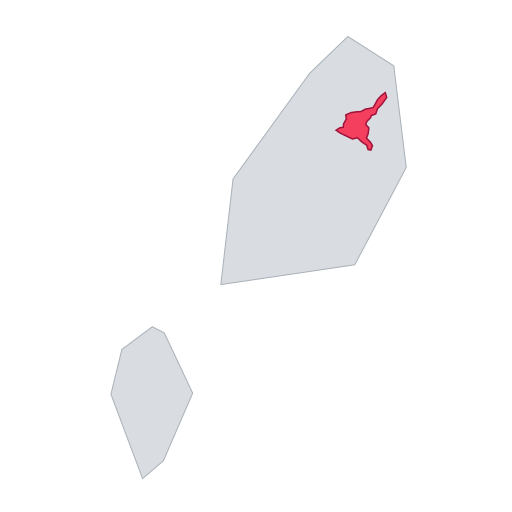 where Luqa sits in Malta, rotated 262°
{"feature_id": "MLT-5964", "entity_name": "Luqa", "entity_type": "state/province", "adm_level": 1, "iso_a3": "MLT", "parent_name": "Malta", "parent_adm1": "", "projection": "robinson", "projection_center": [14.484, 35.851], "detail": "fine", "context": "in_parent", "style": "filled", "palette": "rose", "viewbox_px": 512, "rotation_deg": 262, "n_neighbors": 0, "source": "natural_earth", "source_scale": "10m", "svg_char_len": 867}
<svg xmlns="http://www.w3.org/2000/svg" viewBox="0 0 512 512"><g transform="rotate(262 256 256)"><path d="M460.6,377.5L425.1,418.9L322.8,417.1L233.6,352.6L232.6,217.2L335.5,244.0L429.6,334.7L460.6,377.5ZM192.5,154.5L129.0,174.2L66.1,135.8L51.4,112.7L139.3,93.1L182.2,110.2L200.4,143.5L192.5,154.5Z" fill="#d9dde1" stroke="#a8b0b8" stroke-width="1"/><path d="M358.4,367.9L365.9,356.6L369.4,352.8L371.3,356.9L371.3,360.3L374.7,361.1L379.1,364.5L383.2,364.5L384.8,370.1L384.8,375.4L384.4,380.0L386.3,384.9L386.3,387.5L386.6,392.4L389.2,394.7L393.9,398.1L397.3,402.2L399.8,406.7L394.8,407.5L388.8,401.8L385.1,396.9L380.0,394.3L379.1,389.8L376.9,388.6L373.8,384.5L370.9,383.0L367.2,385.6L361.5,384.1L357.4,381.8L352.7,385.2L349.0,386.7L344.9,384.5L345.8,381.8L350.2,381.1L354.0,376.9L359.0,372.8L358.4,367.9Z" fill="#f43f5e" stroke="#9f1239" stroke-width="1.5"/></g></svg>